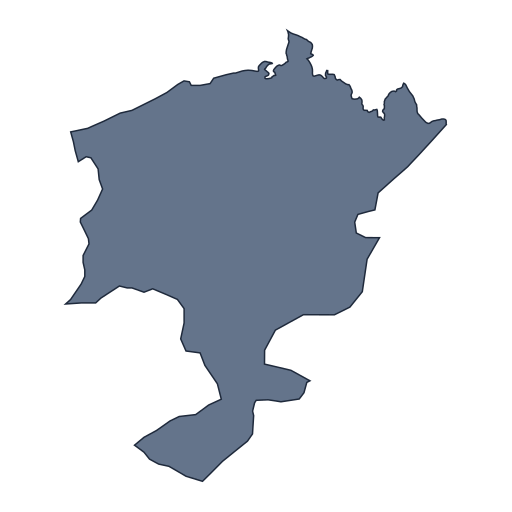 outline of Idjevan, Tavush, Armenia
{"feature_id": "60910142B98300575929889", "entity_name": "Idjevan", "entity_type": "district", "adm_level": 2, "iso_a3": "ARM", "parent_name": "Armenia", "parent_adm1": "Tavush", "projection": "equal_earth", "projection_center": [45.144, 40.867], "detail": "fine", "context": "isolated", "style": "filled", "palette": "slate", "viewbox_px": 512, "rotation_deg": 0, "n_neighbors": 0, "source": "geoboundaries", "source_scale": "gbopen_adm2", "svg_char_len": 4946}
<svg xmlns="http://www.w3.org/2000/svg" viewBox="0 0 512 512"><path d="M65.6,304.0L81.7,302.9L95.7,302.9L101.0,298.0L116.5,287.9L119.4,286.0L127.1,287.9L131.9,287.9L144.0,292.2L152.7,288.8L165.3,294.1L177.4,299.4L184.1,308.6L184.1,323.0L180.7,338.9L186.0,351.0L200.1,352.9L204.9,365.4L217.4,383.8L221.3,399.2L208.7,405.0L195.7,414.6L179.2,416.5L170.1,420.9L156.5,430.5L144.0,437.3L134.5,445.2L144.0,452.2L149.5,459.1L155.7,462.5L158.7,464.1L168.9,466.3L176.2,470.5L186.1,476.3L202.5,481.3L211.8,472.1L222.5,461.3L234.1,451.9L247.5,441.1L252.5,433.9L253.6,416.3L253.7,415.9L252.6,411.1L254.6,402.8L256.2,400.3L268.1,399.8L275.5,400.9L280.9,401.8L299.2,399.0L303.7,393.1L304.0,392.6L306.8,382.4L309.9,380.8L290.9,370.3L271.0,365.6L264.5,364.1L264.6,350.2L268.2,343.5L275.4,330.1L303.4,314.7L334.4,314.8L349.9,307.1L362.3,291.7L367.1,259.2L379.5,237.7L365.6,237.6L356.3,233.0L354.7,222.1L357.9,214.4L368.7,211.4L374.9,209.9L378.1,192.9L393.6,179.0L401.8,171.9L407.7,166.7L409.9,164.3L418.4,155.3L430.7,141.9L446.4,124.5L446.1,123.6L446.2,122.4L446.1,120.6L445.5,119.6L443.8,119.0L441.9,119.0L439.6,119.7L437.1,120.1L435.3,120.6L433.8,120.8L432.1,121.4L429.4,123.3L427.9,123.4L427.4,123.1L425.8,122.3L423.7,120.1L421.6,117.9L419.3,115.1L417.7,113.5L417.1,111.6L417.0,109.8L417.0,108.0L416.7,106.5L416.6,104.7L415.7,103.3L414.8,101.5L414.2,99.0L413.0,96.4L412.8,95.9L410.9,93.5L409.4,91.6L407.3,88.0L405.8,84.9L404.7,83.7L403.7,83.2L403.2,84.2L402.8,85.2L402.6,86.6L401.9,87.3L400.8,88.2L399.2,88.6L397.4,89.1L396.6,89.9L396.6,90.9L395.6,91.7L394.7,91.2L393.6,91.1L391.9,91.4L390.5,92.3L389.3,93.5L388.6,94.5L388.3,95.6L387.5,96.6L386.6,97.4L385.9,98.4L385.2,99.0L384.8,100.3L384.3,101.6L384.4,103.2L384.0,104.8L384.4,105.4L384.4,106.1L384.4,107.3L384.3,108.8L383.5,109.3L382.8,110.3L382.6,111.4L383.2,112.4L383.7,113.0L384.3,113.3L384.6,114.5L384.6,116.2L384.3,117.5L384.3,118.8L384.4,119.9L383.5,120.2L382.4,119.5L381.6,118.4L380.8,117.2L379.8,117.0L379.3,117.3L377.9,116.9L377.6,115.8L377.5,113.5L377.4,111.8L377.2,110.2L376.8,109.4L375.9,109.6L374.8,110.0L373.3,109.9L372.9,110.6L371.8,111.3L370.7,111.6L369.2,112.4L368.3,112.0L367.7,111.6L367.2,110.4L365.4,110.3L364.6,110.3L364.2,110.3L363.4,109.6L363.1,108.8L363.1,108.0L363.1,107.7L363.2,106.6L362.9,105.4L362.2,104.7L361.8,103.7L362.0,102.4L362.0,101.1L361.8,99.9L360.7,98.3L359.3,97.2L358.6,98.1L357.5,98.8L355.6,99.1L355.1,99.1L354.4,99.2L352.1,98.7L351.6,97.4L351.1,95.5L351.3,94.4L352.1,92.7L352.1,91.4L351.8,90.1L350.9,88.4L350.7,87.9L350.5,87.1L349.7,85.6L348.9,84.6L348.0,84.7L346.3,84.1L345.6,83.8L343.6,82.4L341.5,81.0L340.1,79.5L338.7,79.6L337.2,80.1L336.0,79.2L335.3,78.1L335.2,77.2L335.2,76.9L334.7,75.7L334.2,74.6L332.9,74.3L331.5,74.3L329.3,74.3L328.0,74.1L327.7,73.4L327.7,72.3L327.7,70.6L326.7,70.5L326.3,71.6L325.6,73.1L325.5,74.5L325.5,75.5L326.5,77.0L326.4,78.1L324.8,78.6L323.6,78.1L323.3,77.7L322.5,76.7L321.0,75.4L319.9,74.9L318.7,74.9L317.9,75.1L317.1,75.3L315.5,75.8L314.2,76.2L313.1,75.9L312.7,75.0L312.4,73.3L312.5,71.3L312.4,69.2L311.9,67.0L311.2,65.2L309.9,62.7L308.3,60.2L306.9,58.8L307.8,58.3L309.2,57.9L310.2,57.3L311.4,56.8L312.4,56.1L313.2,55.4L312.8,54.6L311.8,54.2L310.7,53.7L311.1,52.0L311.7,50.0L311.8,49.6L312.3,48.2L312.5,46.1L312.3,44.6L311.6,43.5L310.6,42.4L309.1,41.7L308.9,41.6L307.8,40.8L306.5,39.5L305.5,39.3L304.5,38.9L302.2,37.5L299.9,36.5L298.1,35.6L296.2,34.9L293.4,34.0L291.0,33.0L289.1,31.8L287.5,30.7L288.0,31.8L288.2,33.0L288.6,34.6L288.5,36.4L288.2,38.8L288.5,40.0L289.0,41.3L288.8,42.6L288.1,44.6L287.0,48.0L286.5,49.6L286.2,51.6L286.1,53.3L286.5,54.2L286.7,55.3L287.2,56.7L287.3,58.0L287.6,59.4L288.0,60.5L288.0,61.5L287.2,61.9L286.2,62.2L284.8,63.6L282.0,65.4L281.0,65.6L279.6,65.0L278.6,65.2L276.9,66.1L275.5,67.5L273.9,69.5L273.4,70.8L273.6,71.6L274.7,72.2L275.0,73.1L275.4,74.3L275.7,75.2L275.1,75.5L273.9,75.5L273.6,75.9L272.9,76.3L272.1,76.7L271.8,77.7L270.8,78.1L270.5,78.2L268.6,78.6L266.8,78.8L265.5,78.6L264.9,78.0L265.0,76.9L265.6,76.4L266.8,76.0L267.8,75.5L268.5,75.0L268.7,74.4L268.9,73.3L268.1,72.4L267.2,71.8L267.1,71.6L266.5,71.1L265.7,70.4L264.6,69.5L264.9,68.7L265.6,68.3L265.9,67.7L266.6,66.6L267.5,65.5L268.5,64.6L269.3,64.0L271.0,63.8L272.2,63.5L271.9,62.9L270.0,62.4L267.9,62.1L266.4,61.6L264.7,61.4L262.8,62.2L261.6,63.1L259.1,65.7L258.4,67.0L258.4,68.8L258.7,70.2L258.4,71.1L257.2,71.4L255.2,71.1L252.1,70.5L248.2,70.2L245.0,70.5L242.2,71.0L239.0,72.0L236.7,72.7L235.5,73.1L233.4,73.1L226.3,74.7L213.7,78.2L210.1,83.6L205.6,84.4L200.2,85.4L191.2,85.4L189.4,81.8L184.0,80.9L177.7,84.5L166.9,92.5L155.2,98.8L131.9,110.4L120.2,113.1L113.1,116.6L104.0,121.1L91.7,126.5L87.8,128.3L70.7,131.9L73.4,141.7L75.2,150.6L78.3,161.7L86.2,156.7L87.8,157.1L90.9,157.8L98.1,168.9L99.2,179.6L102.6,189.0L97.6,200.1L91.7,210.1L80.6,218.4L80.3,222.0L84.0,229.5L88.4,238.6L89.0,243.9L83.1,255.5L83.1,262.4L84.8,269.9L84.8,276.5L83.3,279.6L81.2,284.0L70.6,299.5L65.6,304.0Z" fill="#64748b" stroke="#1e293b" stroke-width="1.5"/></svg>